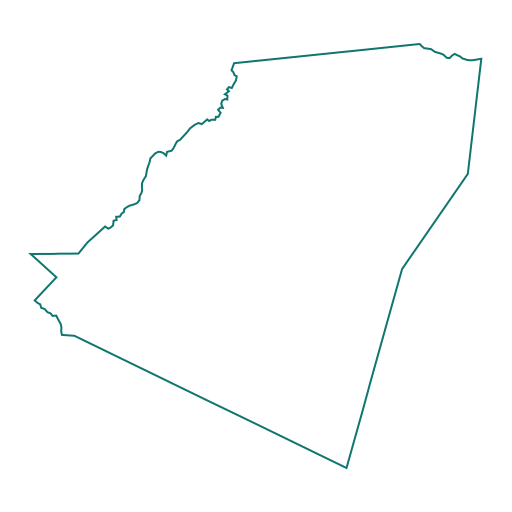 outline of Cristino Castro, Piauí, Brazil
{"feature_id": "56859067B91593223630343", "entity_name": "Cristino Castro", "entity_type": "district", "adm_level": 2, "iso_a3": "BRA", "parent_name": "Brazil", "parent_adm1": "Piauí", "projection": "equal_earth", "projection_center": [-44.047, -8.801], "detail": "fine", "context": "isolated", "style": "outline", "palette": "teal", "viewbox_px": 512, "rotation_deg": 0, "n_neighbors": 0, "source": "geoboundaries", "source_scale": "gbopen_adm2", "svg_char_len": 1613}
<svg xmlns="http://www.w3.org/2000/svg" viewBox="0 0 512 512"><path d="M231.5,70.3L233.4,72.2L234.4,75.0L236.7,76.3L236.0,80.4L233.5,84.5L231.8,88.0L228.9,87.1L227.0,89.4L228.9,91.2L227.0,92.7L224.9,94.3L227.5,95.6L227.3,99.5L225.1,99.0L222.3,100.6L221.2,103.9L222.8,107.9L220.4,107.6L218.1,109.7L220.6,112.9L218.4,116.9L215.9,116.9L215.2,119.8L211.5,119.7L209.2,121.0L207.2,119.4L205.1,121.3L201.8,124.1L198.5,123.0L194.9,124.7L190.2,128.2L187.0,132.3L182.2,137.5L180.1,139.8L177.3,141.2L175.9,143.4L173.8,147.7L171.6,150.7L167.0,151.9L166.2,155.6L163.3,153.0L160.5,151.9L158.1,151.9L155.1,153.5L150.3,158.5L149.8,161.5L147.1,169.2L145.9,176.1L143.2,180.4L142.0,183.4L141.9,186.7L142.2,190.4L141.2,193.5L139.8,195.7L139.4,200.2L137.1,203.1L133.7,204.5L129.2,205.8L126.2,207.6L124.3,209.1L123.8,212.1L121.7,213.5L119.8,216.6L116.2,216.8L116.6,220.0L113.6,220.7L113.1,225.3L110.8,227.4L108.4,228.7L105.1,226.5L87.4,242.5L78.4,253.6L58.0,253.7L54.3,253.9L52.1,253.9L30.7,254.0L56.4,277.3L34.7,300.4L37.8,303.1L40.2,304.3L41.2,307.8L44.6,309.0L47.5,312.2L50.6,313.4L52.6,315.9L56.2,315.6L58.1,319.3L60.8,324.2L61.4,326.9L61.2,331.2L61.9,334.9L74.4,335.8L111.4,353.8L208.6,401.1L249.1,420.6L317.9,454.1L346.5,468.0L362.9,409.7L368.0,391.0L369.9,383.9L386.6,324.2L402.1,269.0L467.8,173.9L481.3,58.8L475.8,59.7L473.2,60.2L470.3,60.3L467.4,60.0L462.8,58.6L459.6,56.2L456.9,55.1L454.7,53.9L452.1,55.5L449.7,58.0L446.9,57.9L443.2,54.5L439.4,53.1L436.9,52.5L434.6,51.7L431.2,49.2L427.1,48.5L424.2,48.2L422.0,46.4L419.7,44.0L412.9,44.7L366.8,49.5L234.1,63.2L231.5,70.3Z" fill="none" stroke="#0f766e" stroke-width="2"/></svg>